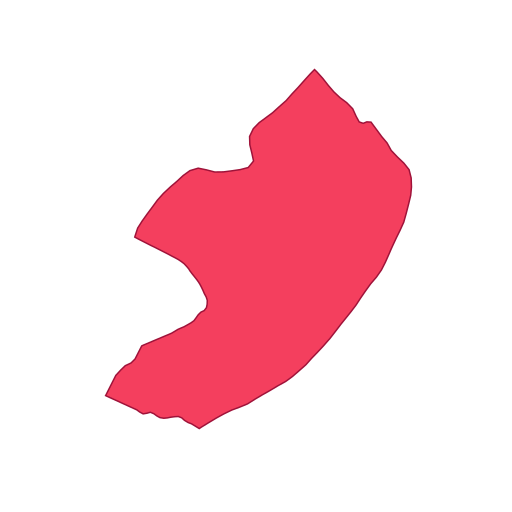 Bayhan, Shabwah, Yemen (Albers equal-area conic projection), rotated 27°
{"feature_id": "15242507B90213953607166", "entity_name": "Bayhan", "entity_type": "district", "adm_level": 2, "iso_a3": "YEM", "parent_name": "Yemen", "parent_adm1": "Shabwah", "projection": "albers", "projection_center": [45.708, 14.757], "detail": "fine", "context": "isolated", "style": "filled", "palette": "rose", "viewbox_px": 512, "rotation_deg": 27, "n_neighbors": 0, "source": "geoboundaries", "source_scale": "gbopen_adm2", "svg_char_len": 2215}
<svg xmlns="http://www.w3.org/2000/svg" viewBox="0 0 512 512"><g transform="rotate(27 256 256)"><path d="M185.4,448.7L219.6,447.2L223.1,447.8L227.1,447.9L230.2,445.6L232.8,443.2L236.7,442.9L240.3,443.5L243.8,443.6L247.5,442.4L250.5,440.5L253.3,438.3L256.5,436.1L259.6,434.3L263.2,433.9L266.9,434.9L271.1,435.2L274.7,434.8L283.8,435.5L285.1,433.1L289.4,426.1L294.2,418.4L299.1,411.2L304.4,404.2L310.2,397.9L315.6,391.6L320.3,383.7L324.8,376.6L328.8,370.6L329.7,369.2L334.4,361.7L339.4,354.3L343.2,346.8L346.6,338.4L349.8,330.3L352.0,321.9L354.6,313.4L357.0,305.0L358.8,297.8L359.2,296.5L360.9,287.7L362.4,279.5L362.5,278.8L364.1,271.2L365.9,262.6L367.4,254.3L368.3,245.9L369.5,237.0L370.8,228.7L372.9,220.0L374.1,211.5L374.1,202.8L373.6,193.6L373.3,189.1L373.1,184.7L372.8,176.1L372.7,167.7L372.3,158.8L370.5,149.9L368.4,140.5L366.3,131.7L363.2,123.9L358.8,116.0L353.2,109.6L345.5,106.1L337.1,103.6L328.6,100.6L321.5,95.8L313.7,92.5L297.7,84.5L293.8,86.2L291.3,89.1L287.1,89.7L281.8,86.1L275.3,80.9L267.2,78.2L259.0,76.8L250.8,74.4L243.0,71.2L234.8,67.4L226.4,64.2L223.5,63.3L221.7,69.0L219.5,77.1L217.0,86.7L214.5,95.2L212.3,103.9L209.0,112.2L205.7,120.9L202.0,128.3L198.3,135.7L195.8,143.7L196.0,152.4L200.0,159.7L205.5,166.1L210.7,172.5L208.9,180.7L202.7,186.2L195.9,191.0L188.7,195.9L181.1,199.9L172.5,201.8L164.6,204.0L158.4,209.9L154.6,217.3L151.7,225.2L148.5,232.9L145.1,242.3L142.8,251.0L141.4,259.6L140.0,267.8L138.7,276.4L137.9,284.8L139.2,293.2L139.4,294.2L143.6,294.3L147.1,294.3L150.6,294.3L154.2,294.3L158.1,294.3L161.7,294.2L164.0,294.2L165.7,294.2L169.9,294.2L173.4,294.2L177.4,294.2L180.9,294.3L184.4,294.3L188.2,294.4L191.7,294.8L195.5,295.5L196.6,295.9L198.8,296.7L201.9,298.0L203.8,299.2L207.1,300.8L210.2,302.2L214.1,304.0L217.0,305.5L217.9,306.1L218.2,306.2L221.2,308.3L224.1,310.5L227.1,313.0L230.2,315.1L232.7,317.6L234.4,321.2L235.3,324.6L234.6,328.2L232.4,331.0L231.2,334.6L230.7,338.2L230.1,341.8L228.4,345.1L226.3,348.3L224.3,351.3L224.2,351.5L221.9,354.2L219.7,356.9L217.8,360.0L215.9,363.0L213.7,365.7L211.3,368.5L196.3,386.3L195.0,388.0L195.0,393.6L195.0,402.7L193.2,408.1L189.3,413.1L187.3,418.9L185.3,426.0L185.4,448.7Z" fill="#f43f5e" stroke="#9f1239" stroke-width="1.5"/></g></svg>